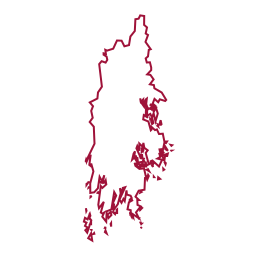 Conamara North Lea-4, Galway, Ireland, rotated 270°
{"feature_id": "5873133B12097804140145", "entity_name": "Conamara North Lea-4", "entity_type": "district", "adm_level": 2, "iso_a3": "IRL", "parent_name": "Ireland", "parent_adm1": "Galway", "projection": "natural_earth1", "projection_center": [-9.915, 53.454], "detail": "fine", "context": "isolated", "style": "outline", "palette": "rose", "viewbox_px": 256, "rotation_deg": 270, "n_neighbors": 0, "source": "geoboundaries", "source_scale": "gbopen_adm2", "svg_char_len": 5838}
<svg xmlns="http://www.w3.org/2000/svg" viewBox="0 0 256 256"><g transform="rotate(270 128 128)"><path d="M215.3,121.6L215.5,117.0L207.3,113.2L205.4,107.1L206.2,105.3L202.1,105.9L202.7,103.6L201.3,103.6L199.4,106.6L196.2,107.3L193.4,105.6L194.8,101.6L191.9,99.2L169.3,101.9L163.6,98.0L157.5,97.4L153.6,89.8L149.8,93.0L145.1,91.2L138.2,92.7L134.0,89.7L129.3,93.8L112.3,94.5L96.1,86.7L94.7,86.8L100.6,89.6L100.4,90.6L91.1,89.3L90.0,90.7L92.5,91.2L84.6,93.4L72.6,90.2L63.1,90.3L63.7,94.2L67.7,97.9L79.2,99.6L72.2,103.4L76.0,102.5L80.8,104.3L75.7,103.3L73.6,104.9L75.5,105.7L71.6,106.3L68.1,102.4L70.0,100.8L51.3,98.3L47.8,99.0L54.2,103.8L43.5,100.8L42.4,102.5L43.4,104.1L39.3,102.3L34.3,106.2L44.7,106.7L46.6,111.4L64.0,114.2L60.4,116.2L51.0,112.1L46.3,112.0L52.5,114.1L46.0,113.6L51.8,117.8L62.8,120.7L67.8,119.9L63.4,121.8L68.1,122.8L68.8,125.2L56.4,119.5L53.2,121.5L57.1,123.4L54.9,124.7L65.6,126.5L61.4,126.9L60.3,130.6L58.0,131.7L56.3,129.7L55.1,129.7L57.0,131.5L55.6,132.2L53.7,128.9L46.7,127.5L45.8,130.7L43.2,130.8L37.7,138.9L43.6,136.0L49.6,140.7L51.1,137.5L56.0,137.3L56.0,139.0L59.3,135.5L65.3,138.7L66.3,144.5L78.1,145.0L78.8,146.3L76.3,147.2L80.0,148.8L81.2,148.1L79.3,147.5L80.3,145.7L87.6,144.0L87.1,139.4L90.2,135.4L93.2,134.6L91.3,135.9L93.5,137.4L99.3,133.8L98.1,133.9L96.4,132.2L102.4,133.6L104.7,135.0L100.3,134.4L98.9,135.4L100.6,136.0L97.9,136.0L98.1,137.4L93.4,138.0L94.2,142.6L97.3,143.9L97.8,140.6L99.6,140.0L99.2,142.3L101.0,142.1L101.0,139.5L107.7,136.4L110.1,137.3L105.3,139.5L112.5,139.3L109.3,142.6L113.1,143.4L108.2,144.3L105.7,147.7L103.1,145.7L92.8,148.5L92.3,150.5L93.6,150.6L91.9,152.3L94.9,151.0L95.5,152.4L89.5,159.0L96.3,162.1L97.4,157.4L99.1,160.3L102.4,159.3L105.0,163.0L106.4,162.3L105.2,159.8L106.6,159.5L107.0,163.1L113.4,164.4L112.9,166.0L114.5,167.0L114.4,164.4L122.3,162.8L122.0,159.0L126.6,156.9L125.9,155.0L129.0,151.6L126.4,151.5L125.7,150.8L134.5,148.4L136.6,143.2L140.9,143.8L138.3,147.9L141.5,145.6L143.0,147.1L140.2,147.1L142.1,150.3L138.4,152.1L142.8,153.6L134.7,155.5L142.5,157.8L148.2,156.0L144.3,153.8L146.6,152.7L147.4,148.7L144.5,145.9L151.5,146.2L151.2,145.1L151.4,144.4L149.3,144.1L154.2,140.7L157.7,140.2L154.2,140.8L156.4,143.0L152.8,142.5L151.4,145.0L153.5,144.2L156.4,145.5L157.4,146.8L152.0,146.2L148.0,147.6L147.3,149.8L150.1,152.4L151.0,150.5L151.5,150.7L151.3,154.0L152.4,152.7L157.1,154.5L153.8,158.2L156.7,159.8L155.0,165.2L156.1,166.2L163.5,161.7L167.7,154.4L170.9,153.9L171.7,149.9L176.6,153.6L181.1,150.4L181.6,147.2L185.9,151.2L188.5,151.2L193.7,149.9L193.5,146.8L197.6,145.7L199.6,148.0L206.2,148.8L206.8,150.7L214.1,145.5L221.0,148.0L222.5,145.7L228.6,147.0L231.1,144.1L240.0,144.2L240.6,140.2L237.3,138.6L236.8,135.4L225.0,134.8L219.5,130.4L210.9,129.0L209.7,124.4L215.3,121.6ZM33.4,86.5L30.1,85.0L28.3,87.9L25.8,85.3L23.3,87.2L35.7,91.3L39.1,88.6L36.6,87.6L38.2,85.0L34.4,83.9L33.4,86.5ZM93.2,142.7L89.6,140.2L91.6,139.7L91.3,137.0L89.1,137.3L89.0,140.3L90.5,142.7L89.7,143.2L89.5,146.2L92.8,145.9L90.3,143.1L93.2,142.7ZM15.4,92.2L22.8,91.1L17.8,88.2L15.4,92.2ZM100.5,162.5L95.8,163.7L95.5,164.4L100.0,165.0L100.0,167.2L102.4,167.8L100.5,162.5ZM44.0,110.6L41.4,107.6L38.0,108.5L40.9,111.4L44.0,110.6ZM135.8,160.6L131.5,159.4L131.2,160.9L131.8,161.5L135.8,160.6ZM109.4,165.3L106.8,165.4L105.3,167.9L109.4,165.3ZM46.2,116.6L42.0,117.1L46.6,117.1L46.2,116.6ZM76.6,158.0L77.1,160.1L78.7,158.2L76.6,158.0ZM43.3,115.3L43.6,113.2L41.9,115.0L43.3,115.3ZM86.3,146.7L84.8,149.1L86.8,148.0L86.3,146.7ZM150.0,154.1L147.8,153.9L148.9,155.9L150.0,154.1ZM92.9,165.8L94.4,164.3L91.8,165.5L92.9,165.8ZM25.6,105.5L23.9,104.9L22.6,106.6L25.6,105.5ZM136.9,151.5L135.0,153.0L137.8,152.0L136.9,151.5ZM32.1,110.6L29.4,111.2L32.9,111.1L32.1,110.6ZM38.8,89.7L40.2,90.4L42.4,89.8L41.7,89.4L38.8,89.7ZM134.8,152.9L133.3,152.0L132.3,152.6L132.9,153.3L134.8,152.9ZM101.7,161.6L103.2,163.4L103.7,162.6L101.7,161.6ZM45.2,86.5L47.8,85.9L44.8,86.3L45.2,86.5ZM73.2,88.1L72.1,86.5L71.0,86.5L73.2,88.1ZM148.1,153.4L148.5,152.0L147.0,152.0L148.1,153.4ZM86.4,164.2L87.3,163.3L85.9,163.4L86.4,164.2ZM64.5,98.8L63.1,97.6L62.9,98.3L64.5,98.8ZM90.3,152.1L89.1,153.1L90.7,152.7L90.3,152.1ZM110.8,172.1L111.1,170.7L110.2,171.4L110.8,172.1ZM28.9,141.8L28.3,141.1L27.7,140.9L28.9,141.8ZM104.2,141.7L105.2,142.5L105.4,141.8L104.2,141.7ZM73.9,101.5L74.0,100.8L72.6,100.8L73.9,101.5ZM59.4,91.1L60.5,90.6L58.9,90.5L59.4,91.1ZM22.9,94.1L22.0,93.3L22.2,94.3L22.9,94.1ZM32.1,90.4L31.9,91.1L32.7,91.1L32.1,90.4ZM29.2,105.4L28.1,104.9L28.1,105.4L29.2,105.4ZM39.6,133.0L39.1,132.7L38.5,133.2L39.6,133.0ZM41.9,130.6L43.5,130.3L43.0,130.0L42.4,130.1L41.9,130.6ZM108.5,141.4L107.3,141.9L107.5,142.3L108.5,141.4ZM104.9,170.7L105.3,171.4L105.3,171.0L104.9,170.7ZM63.4,140.3L64.0,141.5L64.6,140.7L63.4,140.3ZM48.3,141.7L49.1,142.2L48.8,141.7L48.3,141.7ZM93.8,85.8L95.3,86.2L96.0,86.0L95.3,85.8L93.8,85.8ZM137.1,150.2L136.3,150.2L136.0,151.0L137.1,150.2ZM133.8,151.4L133.0,151.7L133.8,152.0L133.8,151.4ZM46.0,140.1L46.7,140.8L46.5,140.0L46.0,140.1ZM33.7,140.3L33.0,141.0L34.3,140.3L33.7,140.3ZM39.9,132.0L39.4,131.5L38.9,131.8L39.9,132.0ZM68.6,88.9L69.6,88.9L68.4,88.6L68.6,88.9ZM107.4,143.0L106.7,143.2L106.8,143.3L107.4,143.0ZM36.5,139.1L37.6,139.3L37.5,138.9L36.5,139.1ZM91.3,148.1L91.6,148.7L91.9,148.4L91.3,148.1ZM94.4,144.1L94.1,144.7L94.7,144.3L94.4,144.1ZM131.0,158.7L131.4,158.0L130.7,158.4L131.0,158.7ZM26.0,91.4L25.4,91.8L26.0,91.7L26.0,91.4ZM92.3,153.4L92.8,153.7L92.8,153.3L92.3,153.4ZM78.9,154.1L79.3,153.8L78.9,153.8L78.9,154.1ZM59.3,114.7L59.3,114.3L59.0,114.4L59.3,114.7ZM100.0,161.3L100.2,161.8L101.0,161.1L100.0,161.3ZM73.9,88.6L74.7,88.6L73.8,88.4L73.9,88.6ZM105.6,143.3L106.2,142.7L105.1,143.1L105.6,143.3ZM32.3,141.6L32.3,141.0L31.9,141.2L32.3,141.6ZM130.1,157.5L129.6,158.1L130.3,157.9L130.1,157.5ZM42.0,130.3L41.2,130.4L41.3,130.8L42.0,130.3Z" fill="none" stroke="#9f1239" stroke-width="2"/></g></svg>